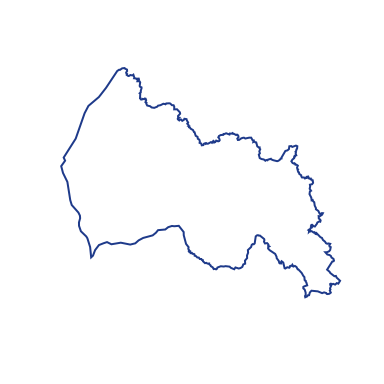 the district of Dakcheung, Xékong, Laos, rotated 342°
{"feature_id": "54806243B33031915083472", "entity_name": "Dakcheung", "entity_type": "district", "adm_level": 2, "iso_a3": "LAO", "parent_name": "Laos", "parent_adm1": "Xékong", "projection": "mercator", "projection_center": [107.512, 15.387], "detail": "fine", "context": "isolated", "style": "outline", "palette": "blue", "viewbox_px": 384, "rotation_deg": 342, "n_neighbors": 0, "source": "geoboundaries", "source_scale": "gbopen_adm2", "svg_char_len": 6081}
<svg xmlns="http://www.w3.org/2000/svg" viewBox="0 0 384 384"><g transform="rotate(342 192 192)"><path d="M267.2,327.1L269.2,326.9L270.5,326.0L271.5,326.3L273.0,324.0L275.1,322.8L281.0,325.4L284.5,328.4L286.6,328.3L288.5,329.6L288.6,330.5L289.5,331.0L291.3,331.2L292.9,330.6L292.6,328.3L293.5,327.6L293.4,326.6L293.9,325.8L295.4,324.1L294.7,323.0L295.1,322.1L295.8,322.1L296.6,323.0L297.9,323.0L299.5,324.3L301.6,323.4L302.8,324.4L305.4,322.2L303.1,318.1L302.9,316.3L301.4,316.1L298.5,311.8L298.2,310.4L296.5,307.6L303.9,301.5L305.2,301.6L305.8,301.2L305.9,299.3L304.4,297.4L304.4,296.0L303.4,294.5L301.4,293.3L300.2,290.5L301.9,291.0L304.2,290.7L305.5,289.8L306.9,287.3L306.0,286.4L306.1,285.2L307.4,284.0L305.9,283.1L304.6,283.0L303.6,282.1L303.2,280.4L301.7,278.0L301.4,275.8L300.2,274.7L297.8,269.8L297.2,270.5L296.7,270.2L296.4,269.8L296.6,269.0L296.0,268.7L296.0,268.1L295.1,268.1L294.2,266.8L292.9,265.7L292.4,266.1L291.5,265.8L290.9,266.1L291.5,264.8L291.0,264.2L292.1,263.8L292.9,263.9L294.1,262.5L294.8,262.9L295.2,262.6L294.6,261.1L295.4,260.2L296.1,260.3L297.2,262.2L298.2,262.8L301.1,260.7L301.7,259.8L303.9,259.3L304.8,259.9L305.5,258.9L305.4,257.9L304.4,256.4L305.0,254.1L306.0,254.6L308.7,253.8L309.9,252.6L309.0,252.2L307.2,252.6L306.7,252.2L306.3,249.0L304.5,246.7L304.9,245.6L304.5,242.9L305.1,239.5L304.3,238.1L304.3,236.9L303.2,236.9L303.7,234.3L303.1,230.3L304.3,227.9L305.6,227.6L304.9,225.3L306.1,223.2L306.4,221.5L308.6,221.7L310.0,220.7L310.4,218.3L309.9,218.2L309.6,217.0L309.0,216.8L309.1,216.1L308.4,216.1L308.1,215.4L307.3,215.1L307.3,213.2L305.7,213.0L305.3,214.1L304.2,213.7L303.6,214.0L303.0,212.8L301.1,212.2L300.8,211.1L301.0,209.8L299.6,207.9L299.8,206.4L299.3,206.1L299.2,204.7L299.3,203.5L299.8,203.2L299.3,202.4L299.5,201.2L300.8,199.6L299.8,198.3L298.8,198.0L298.8,197.0L298.3,196.3L297.7,196.5L296.6,195.5L296.0,193.5L297.5,192.2L299.6,191.4L299.8,190.4L300.6,189.5L301.1,189.9L301.5,189.2L302.5,189.3L302.5,187.3L303.1,186.4L302.9,185.7L303.8,185.1L304.5,183.7L305.3,183.3L306.3,181.0L305.2,180.0L301.3,180.1L300.6,179.0L298.7,178.6L297.4,181.2L295.6,181.9L293.5,181.8L288.0,186.7L287.5,187.8L286.6,187.6L285.9,188.3L283.9,189.0L282.5,189.0L279.0,186.8L277.4,185.4L277.3,184.8L274.3,184.7L273.6,185.2L272.5,184.5L271.4,184.9L270.3,183.2L268.4,182.2L266.9,180.7L267.1,177.1L268.5,176.2L268.6,174.1L270.1,172.4L269.7,171.4L270.1,170.5L269.3,170.2L268.2,168.8L268.4,164.7L267.6,164.4L266.9,163.3L265.8,163.4L266.6,162.0L265.6,161.5L265.1,158.6L263.3,158.0L259.2,157.6L258.2,156.4L257.1,156.2L255.5,156.2L252.9,157.0L251.7,156.7L251.6,155.2L253.1,154.3L253.4,153.2L253.0,151.7L252.5,151.3L251.6,151.5L249.8,149.6L249.0,149.4L248.8,148.5L247.7,148.7L246.0,148.1L245.4,148.9L242.6,146.7L240.4,146.9L239.9,146.6L239.4,147.3L236.8,146.7L234.9,147.1L233.9,148.2L234.4,149.2L234.4,151.2L233.6,151.9L232.5,151.9L230.9,150.6L229.6,151.7L228.4,151.8L228.5,150.6L228.1,150.0L226.2,151.4L225.5,150.4L222.2,151.0L221.1,150.7L220.8,150.1L219.9,150.4L219.7,149.7L218.3,149.8L217.3,150.9L215.7,150.6L215.8,148.8L214.4,147.6L215.1,146.3L215.1,144.4L214.0,143.2L214.3,141.2L212.9,139.7L212.9,135.9L212.4,135.6L212.1,133.4L210.3,131.4L210.0,130.3L209.2,129.6L209.8,128.7L209.0,128.1L209.4,127.9L209.3,126.7L208.6,125.6L209.8,124.7L209.2,122.2L209.3,121.0L207.4,120.0L206.5,120.9L204.7,121.3L204.0,119.6L203.2,119.4L202.0,120.0L201.0,118.5L201.1,117.9L202.6,117.3L201.8,116.9L202.2,115.4L204.9,113.9L205.1,112.5L203.3,108.7L200.6,107.9L201.5,105.3L201.3,103.8L199.7,103.2L198.7,101.2L198.0,100.7L195.2,99.9L194.1,100.3L194.0,99.9L192.9,99.8L192.0,99.2L188.9,99.7L186.4,99.4L185.3,100.1L182.1,100.3L179.7,99.1L178.7,97.5L176.1,95.9L175.8,93.8L176.3,93.1L175.5,92.2L176.8,90.5L176.7,88.9L176.0,88.5L175.2,89.0L173.9,88.2L172.9,88.6L171.9,88.1L172.0,86.7L171.6,86.6L173.2,82.4L172.8,81.9L174.2,81.2L174.5,80.0L176.2,77.5L176.3,76.8L175.2,76.0L175.0,75.0L176.6,71.7L176.3,70.5L174.6,69.9L176.3,68.7L176.4,67.7L175.3,67.4L174.8,68.0L174.4,68.0L173.8,66.7L172.2,66.0L172.5,65.7L172.5,62.3L171.3,62.7L169.5,61.7L168.4,62.1L167.3,62.0L166.1,60.5L166.7,59.7L166.2,59.1L166.3,58.0L167.7,56.9L168.0,55.5L166.4,54.0L166.2,53.3L163.8,52.8L161.2,53.6L160.5,53.2L158.3,53.8L142.4,66.4L132.8,72.9L120.1,78.1L114.2,83.9L97.9,105.3L80.6,119.6L81.0,123.0L75.6,127.0L75.2,134.0L76.6,143.9L73.7,162.1L73.6,167.2L77.6,176.4L78.1,179.8L77.5,182.4L75.1,186.0L74.1,189.3L74.2,195.0L77.7,201.6L78.2,203.7L78.1,212.9L75.9,223.0L78.2,221.9L81.9,217.3L87.1,213.7L92.2,213.4L95.7,213.4L99.2,216.8L108.6,218.2L117.0,222.9L122.2,223.3L126.3,221.5L131.4,220.6L141.2,221.1L145.1,219.6L147.9,217.8L155.0,219.4L158.5,218.1L162.4,218.1L164.6,219.1L169.0,220.1L171.7,227.5L170.8,230.5L170.3,239.5L171.7,243.4L170.9,244.9L171.3,246.5L170.6,247.2L170.9,248.2L172.0,248.1L171.8,249.7L173.1,249.9L173.3,250.9L174.7,251.5L175.1,252.1L174.8,253.4L175.9,254.1L176.8,255.9L178.2,256.5L178.7,258.1L180.2,258.6L180.3,259.6L181.3,260.2L181.0,261.2L182.4,263.7L183.7,263.8L184.6,264.9L186.2,265.3L186.0,266.0L187.0,267.5L187.0,268.4L188.4,270.0L188.8,272.0L189.9,272.1L191.0,273.0L192.0,272.7L192.8,271.7L196.4,271.5L199.2,272.7L201.0,272.9L204.7,274.6L205.5,276.1L208.3,278.5L210.0,277.2L212.8,279.2L214.6,279.3L216.7,278.8L218.4,276.7L220.4,276.6L221.2,273.6L224.0,271.9L224.7,269.4L226.6,267.1L227.2,264.5L231.2,262.6L232.5,260.7L233.6,260.3L234.5,260.8L235.7,260.3L238.9,253.9L240.5,253.3L241.5,253.5L242.2,254.2L243.1,254.4L246.1,259.0L246.0,260.1L245.1,261.5L245.5,263.5L247.6,263.8L248.2,264.9L248.4,265.7L247.9,266.5L248.7,267.6L247.5,267.8L246.9,269.3L247.9,271.4L252.0,276.6L252.4,279.7L252.1,281.1L253.2,284.3L253.1,286.5L253.4,287.0L254.7,287.5L255.0,286.1L255.8,285.5L257.0,287.3L256.5,293.1L257.1,293.6L259.3,293.0L261.1,294.1L261.6,293.9L262.2,292.8L263.7,292.7L264.2,293.2L265.0,292.3L265.5,294.2L267.0,294.1L268.2,295.6L268.6,298.2L269.2,298.4L271.3,302.9L271.9,306.0L272.6,307.7L271.9,310.5L272.7,311.6L272.4,312.1L272.8,313.3L272.7,316.4L269.5,316.4L268.5,316.7L268.1,318.1L269.0,319.6L269.0,322.7L268.4,324.9L267.3,325.9L267.2,327.1Z" fill="none" stroke="#1e3a8a" stroke-width="2"/></g></svg>